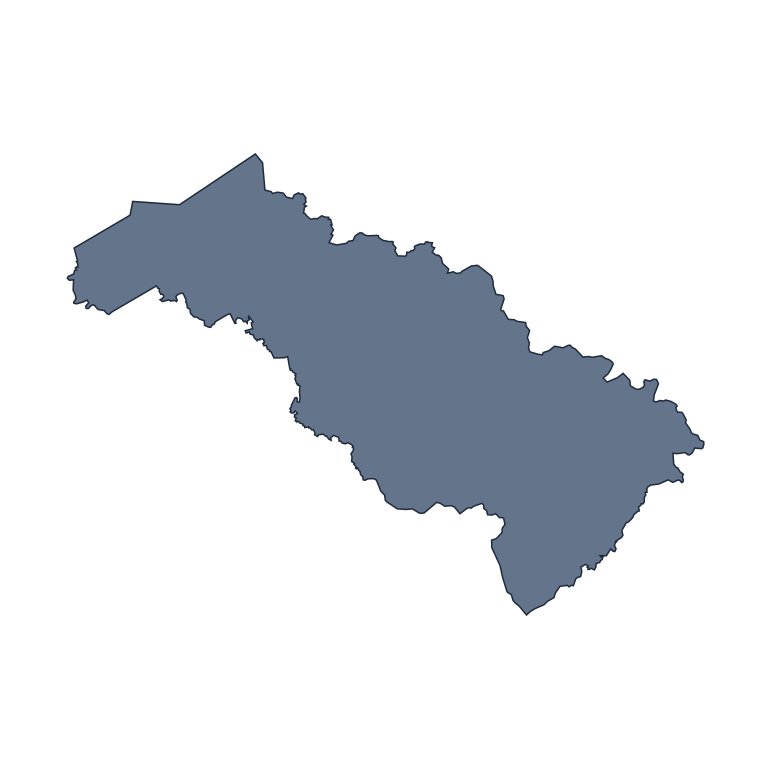 the district of Mueang Nakhon Nayok, Nakhon Nayok, Thailand, rotated 94°
{"feature_id": "78962969B8624849534674", "entity_name": "Mueang Nakhon Nayok", "entity_type": "district", "adm_level": 2, "iso_a3": "THA", "parent_name": "Thailand", "parent_adm1": "Nakhon Nayok", "projection": "orthographic", "projection_center": [101.222, 14.26], "detail": "fine", "context": "isolated", "style": "filled", "palette": "slate", "viewbox_px": 768, "rotation_deg": 94, "n_neighbors": 0, "source": "geoboundaries", "source_scale": "gbopen_adm2", "svg_char_len": 6131}
<svg xmlns="http://www.w3.org/2000/svg" viewBox="0 0 768 768"><g transform="rotate(94 384 384)"><path d="M163.5,528.4L219.4,600.5L219.4,647.4L233.3,649.1L270.0,702.6L282.6,698.3L283.4,699.4L284.9,698.1L288.8,697.4L288.7,698.9L289.7,700.0L291.6,698.6L292.2,700.5L296.0,701.3L298.7,706.5L300.6,707.3L302.5,705.1L301.7,701.0L312.4,700.6L316.0,698.4L320.4,697.2L324.0,699.3L325.0,699.1L325.5,696.4L323.3,690.0L321.0,686.0L323.6,684.2L327.0,687.0L329.5,686.3L329.2,684.1L326.2,681.6L325.2,679.0L329.6,674.5L330.3,668.2L333.3,665.1L333.7,663.0L330.9,660.2L302.0,617.8L304.3,616.2L304.6,614.7L307.1,614.7L310.0,613.0L310.0,611.0L311.8,609.7L313.8,610.7L315.6,613.3L317.2,610.8L315.1,604.5L316.2,602.3L315.2,598.9L316.2,596.7L314.8,596.1L311.8,597.7L310.0,596.9L307.8,593.6L307.7,590.6L314.4,587.1L316.0,587.6L317.5,586.4L321.7,585.5L323.0,582.8L327.0,582.0L330.4,578.3L330.5,574.9L331.9,573.1L333.5,567.7L337.9,567.1L339.4,563.3L339.6,560.9L336.6,559.0L336.2,557.6L333.6,556.6L325.6,544.9L324.8,542.3L334.0,537.0L333.8,536.0L331.0,536.5L328.1,534.6L329.0,530.4L331.7,528.3L330.9,526.7L332.9,524.7L330.8,524.7L329.2,522.8L327.1,524.1L325.8,523.6L331.2,518.9L332.4,520.7L338.0,518.9L340.5,526.1L342.8,525.1L341.5,521.9L343.6,521.1L344.2,517.7L346.6,516.9L349.7,513.7L348.5,513.5L348.7,511.0L347.5,510.9L347.9,507.2L351.1,506.3L351.9,507.7L354.1,506.6L353.9,504.0L357.4,502.8L358.0,500.8L359.6,500.4L359.7,498.9L365.7,495.6L364.8,485.5L363.5,482.0L375.6,479.0L375.6,478.3L376.9,478.3L377.1,476.3L378.2,475.9L380.3,472.4L381.4,473.4L383.5,472.4L384.8,473.3L390.0,471.0L390.1,469.6L391.1,470.0L391.6,467.7L397.3,467.9L403.8,466.8L408.1,467.2L407.7,469.6L404.4,469.4L403.6,470.5L404.0,471.8L411.9,475.0L413.3,474.8L414.9,476.1L417.3,475.0L418.3,475.7L419.4,474.5L419.1,472.0L417.1,470.6L419.2,468.5L419.8,468.4L420.9,471.1L423.3,471.0L424.0,469.2L426.9,470.0L428.0,468.3L427.2,467.7L427.4,466.6L428.8,465.4L429.6,462.2L431.1,462.0L431.6,460.3L433.0,460.0L432.0,456.2L433.1,455.9L432.8,455.0L434.9,452.7L434.6,451.2L437.3,449.6L439.5,449.6L441.0,446.6L439.2,445.8L438.3,441.1L440.1,438.7L439.9,437.7L442.8,435.3L443.9,432.7L441.3,433.4L438.8,430.7L440.4,425.5L444.1,424.8L443.8,423.9L445.9,421.4L446.4,418.5L445.1,415.9L446.9,412.0L448.4,410.3L449.3,411.2L450.2,410.0L452.2,409.9L456.1,412.1L458.8,410.8L463.6,410.9L465.1,407.9L466.0,408.6L468.4,406.2L470.0,406.5L470.6,405.6L469.5,404.7L469.9,404.0L471.6,403.5L473.3,401.5L474.6,401.6L477.1,400.1L477.6,398.8L481.1,398.1L481.3,396.0L479.8,393.6L479.2,389.0L479.5,386.4L480.7,384.7L491.0,379.8L494.7,375.7L500.0,374.5L501.4,373.0L507.6,362.1L507.6,353.1L506.6,346.9L510.2,340.1L510.4,337.6L509.8,334.9L498.4,323.2L499.1,319.5L501.7,314.8L500.7,308.5L501.8,305.2L508.1,299.2L502.3,292.5L501.4,290.4L501.7,288.3L499.7,286.0L496.3,278.1L497.5,276.3L501.4,275.6L503.1,272.9L507.2,271.5L507.2,267.1L505.6,263.6L509.3,259.4L509.0,256.6L509.7,255.3L515.6,253.5L519.6,256.0L524.0,256.0L530.5,261.3L532.2,265.8L539.8,265.0L557.0,255.6L568.6,252.2L582.1,247.0L583.4,246.0L585.2,242.3L590.6,240.3L592.7,238.5L596.5,233.3L604.5,225.7L601.1,222.6L597.5,217.6L593.0,208.9L589.4,205.7L585.2,199.5L580.8,198.6L573.5,194.3L572.1,187.0L573.4,185.3L571.6,182.6L572.0,181.0L565.2,179.2L563.6,177.7L562.4,174.4L557.2,173.6L552.8,174.8L549.8,170.1L551.3,167.7L552.4,168.7L553.0,167.4L554.7,167.7L554.6,166.2L553.4,164.7L554.8,161.2L551.5,159.8L548.4,159.9L546.9,156.3L545.1,155.7L543.8,154.1L541.2,153.5L541.5,155.3L540.1,156.5L539.9,150.3L532.8,146.3L534.9,143.7L535.0,142.0L532.2,141.0L529.2,142.8L524.7,141.9L525.3,141.0L523.9,140.7L520.6,136.5L518.4,135.1L513.4,136.5L505.6,132.7L504.4,130.3L499.8,126.5L496.8,125.5L493.3,121.9L492.8,120.5L488.8,121.5L487.1,119.3L485.4,119.0L485.6,117.3L483.4,116.1L479.0,116.4L476.5,115.1L473.9,116.0L473.6,114.1L470.3,114.5L468.3,113.7L466.3,111.1L464.5,102.6L459.8,93.8L462.0,89.1L459.2,83.9L459.7,82.0L461.6,80.1L461.0,79.1L458.8,78.6L456.2,79.9L453.0,79.2L450.8,82.7L447.3,85.0L446.6,86.9L443.7,89.4L432.9,90.9L433.1,87.0L431.4,78.8L433.4,75.9L433.5,74.4L431.2,71.7L426.2,69.5L426.4,62.8L425.4,61.5L422.0,60.7L419.1,61.1L418.0,64.9L413.3,67.5L412.2,72.5L411.1,74.0L407.7,75.6L401.7,80.5L398.7,80.0L392.5,83.9L391.4,85.3L391.6,89.0L389.4,90.7L387.1,91.1L385.5,90.0L383.8,91.5L381.4,96.4L380.3,101.9L381.5,103.8L381.2,107.2L382.9,111.4L382.2,114.0L376.1,113.7L364.6,110.2L360.4,112.5L360.5,115.3L362.6,119.0L361.5,123.8L363.5,125.0L366.4,124.2L368.2,124.6L370.2,126.6L371.6,129.7L371.4,132.6L368.5,138.2L363.2,139.0L356.7,146.2L361.5,151.7L366.5,161.5L362.8,165.8L358.5,161.4L354.3,159.0L348.3,156.8L346.5,157.4L343.8,161.6L343.1,164.8L340.6,168.9L342.8,178.1L342.3,181.8L343.2,187.5L335.7,195.6L334.6,198.4L332.3,201.1L332.6,203.0L335.4,207.9L334.4,216.5L339.3,221.8L341.5,227.3L343.8,228.1L343.6,232.5L341.7,240.8L338.0,242.3L333.0,241.8L327.8,244.2L320.4,242.5L316.5,246.2L312.8,247.0L312.2,255.6L310.8,258.6L310.8,264.5L302.8,269.9L302.6,271.9L301.6,272.8L290.7,270.1L287.5,271.4L286.7,278.6L278.3,281.9L274.0,282.4L268.8,284.3L259.7,297.8L259.1,299.4L260.2,305.2L266.3,314.3L267.8,315.2L268.6,319.7L267.2,322.6L269.0,328.4L264.8,327.5L259.6,334.0L254.1,335.7L252.0,338.2L251.5,339.4L252.3,340.1L249.2,345.1L244.6,342.9L243.7,345.6L242.1,346.1L239.7,345.5L239.7,349.5L239.0,350.6L239.5,352.4L241.5,353.3L241.8,357.7L243.9,362.3L245.0,363.3L246.8,362.7L248.7,364.1L249.1,366.3L250.9,367.9L250.9,370.4L254.4,370.7L255.0,371.8L255.2,379.2L250.1,382.5L247.4,381.5L243.8,384.9L241.8,384.7L241.2,385.6L241.6,388.8L240.8,395.0L238.4,399.3L236.4,400.0L236.2,400.8L237.3,410.7L236.4,414.1L234.8,416.5L235.0,419.0L238.4,423.2L243.1,424.9L244.0,429.2L246.4,431.7L248.6,441.2L246.8,448.7L239.0,445.3L238.4,447.4L233.8,445.1L229.3,448.3L229.0,446.9L223.4,448.8L223.7,451.1L221.6,450.7L221.6,454.7L220.5,457.8L224.2,462.5L223.6,464.0L224.8,468.7L221.3,473.3L219.7,474.3L219.1,476.1L213.3,475.7L211.9,473.8L210.5,476.6L207.8,474.4L205.7,475.3L204.0,474.8L199.8,478.3L200.5,481.1L199.3,482.4L200.1,484.2L201.7,486.8L205.4,488.2L204.4,494.3L200.5,498.0L200.1,503.8L201.7,508.4L200.0,510.0L198.8,516.3L171.8,520.6L163.5,528.4Z" fill="#64748b" stroke="#1e293b" stroke-width="1.5"/></g></svg>